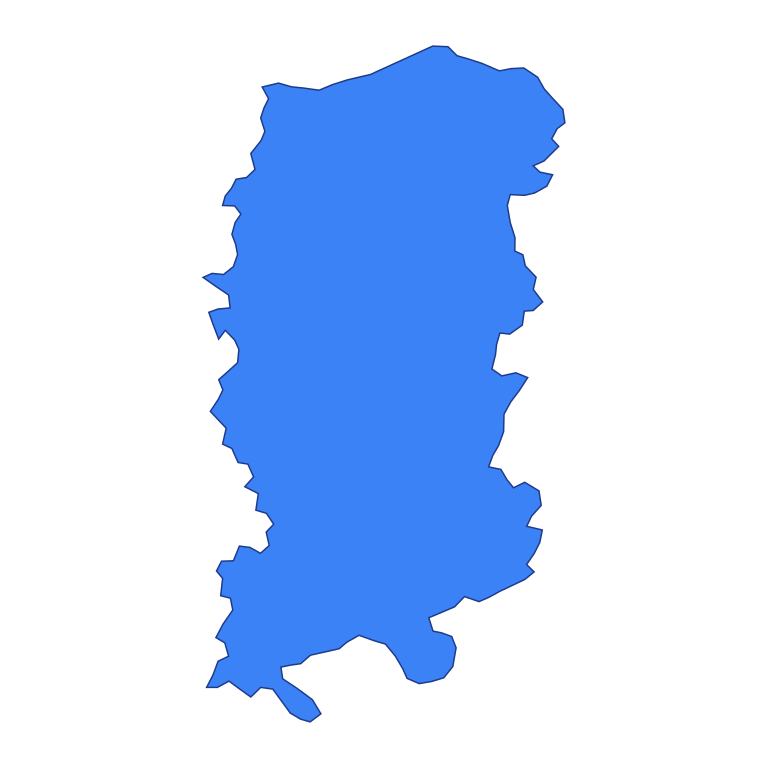 outline of Selbach, Rio Grande do Sul, Brazil
{"feature_id": "56859067B5172394452496", "entity_name": "Selbach", "entity_type": "district", "adm_level": 2, "iso_a3": "BRA", "parent_name": "Brazil", "parent_adm1": "Rio Grande do Sul", "projection": "mercator", "projection_center": [-52.981, -28.675], "detail": "fine", "context": "isolated", "style": "filled", "palette": "blue", "viewbox_px": 768, "rotation_deg": 0, "n_neighbors": 0, "source": "geoboundaries", "source_scale": "gbopen_adm2", "svg_char_len": 2319}
<svg xmlns="http://www.w3.org/2000/svg" viewBox="0 0 768 768"><path d="M454.6,606.8L464.5,596.6L479.0,601.6L489.1,597.2L499.8,591.3L512.1,585.5L524.9,579.4L534.1,571.9L526.6,564.6L534.3,553.3L539.8,542.4L542.3,530.0L526.7,526.3L531.5,516.2L541.2,505.4L539.0,490.9L524.7,482.3L513.5,487.8L506.9,479.6L500.9,469.4L488.6,466.9L492.8,455.4L498.5,445.7L503.6,431.7L504.0,414.2L510.8,401.8L519.0,391.0L527.7,377.6L515.9,372.8L501.8,375.9L491.9,369.0L495.5,354.6L496.6,344.3L499.9,333.0L509.7,334.1L522.3,325.1L524.3,311.1L533.2,310.5L542.7,301.9L533.3,289.5L536.1,277.2L525.3,265.9L522.9,254.8L514.8,251.1L515.0,237.7L510.2,222.4L507.3,205.5L510.2,194.6L524.7,195.3L534.6,193.0L546.9,186.1L552.6,174.8L539.8,172.1L533.2,165.8L544.0,161.0L558.7,146.4L551.7,138.8L557.2,128.6L564.9,122.8L562.9,109.4L551.5,97.1L544.2,88.9L537.6,77.2L523.8,68.0L511.1,68.6L499.4,70.9L482.0,63.4L468.4,59.0L457.0,55.7L448.0,46.7L432.6,46.1L370.4,74.5L361.4,76.6L347.3,79.9L332.3,84.7L319.1,90.2L304.0,88.1L291.4,86.8L278.5,83.1L262.2,87.0L268.6,98.7L264.0,107.9L260.7,118.0L264.9,131.3L261.1,140.5L250.8,153.5L255.0,169.4L246.6,177.5L236.1,179.2L231.4,188.4L225.3,195.9L222.6,205.5L234.7,205.9L240.9,214.1L235.2,222.4L231.9,234.4L235.6,244.0L237.6,254.6L233.4,266.6L223.5,274.5L212.1,273.4L203.1,277.4L215.0,285.8L228.6,295.0L230.1,307.9L218.1,309.0L208.8,312.3L213.2,324.7L218.7,339.1L225.3,330.3L234.7,340.1L238.9,349.3L237.6,362.7L227.7,371.7L218.7,379.7L222.9,389.9L218.7,398.7L210.3,411.4L226.2,428.2L222.6,444.1L231.9,448.5L238.1,462.5L247.9,464.1L253.6,476.9L244.8,486.7L258.3,493.6L255.9,510.2L266.4,513.3L273.7,524.2L266.2,532.1L269.2,545.5L260.5,553.3L249.9,547.4L239.4,546.1L233.4,560.8L221.5,561.2L216.5,571.0L222.6,578.4L220.7,595.7L230.4,598.2L232.8,610.0L223.1,624.0L215.9,637.6L224.8,642.8L228.6,656.2L218.1,661.2L213.0,675.0L206.6,687.4L217.4,687.4L229.0,681.1L239.8,689.1L250.8,697.0L260.7,687.4L272.8,689.1L290.3,713.1L300.7,719.2L310.1,721.9L320.9,713.8L312.4,699.7L296.5,688.0L282.7,678.8L280.9,667.1L291.2,665.0L300.7,663.7L310.4,655.2L339.2,648.7L346.8,642.2L359.0,635.3L374.1,640.7L385.5,644.1L395.4,656.2L402.7,668.6L407.1,678.4L419.2,683.6L431.5,681.5L443.8,677.8L452.8,666.5L456.1,647.8L451.7,636.5L441.4,632.8L433.0,631.1L428.8,617.7L442.9,611.8L454.6,606.8Z" fill="#3b82f6" stroke="#1e3a8a" stroke-width="1.5"/></svg>